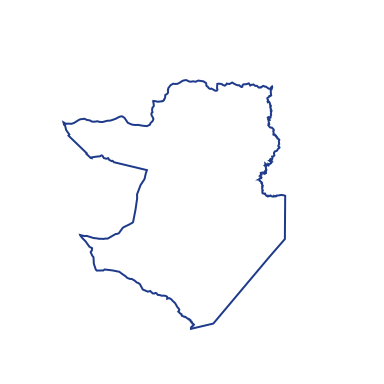 Chikankanta, Southern, Zambia (Natural Earth projection), rotated 330°
{"feature_id": "96606910B6098711564137", "entity_name": "Chikankanta", "entity_type": "district", "adm_level": 2, "iso_a3": "ZMB", "parent_name": "Zambia", "parent_adm1": "Southern", "projection": "natural_earth1", "projection_center": [28.303, -16.032], "detail": "fine", "context": "isolated", "style": "outline", "palette": "blue", "viewbox_px": 384, "rotation_deg": 330, "n_neighbors": 0, "source": "geoboundaries", "source_scale": "gbopen_adm2", "svg_char_len": 6049}
<svg xmlns="http://www.w3.org/2000/svg" viewBox="0 0 384 384"><g transform="rotate(330 192 192)"><path d="M314.1,140.6L313.6,140.6L311.9,141.5L311.1,141.5L310.3,141.2L308.6,137.6L307.9,137.3L306.9,135.8L306.2,135.7L305.2,135.9L304.1,135.6L303.7,135.9L303.1,135.4L302.3,135.2L301.9,134.6L301.3,132.5L299.8,131.7L299.0,129.6L297.8,129.3L297.2,128.9L295.7,128.9L295.5,126.3L293.0,125.8L290.3,124.5L289.2,124.8L288.2,126.0L287.5,125.9L286.8,125.0L286.3,123.2L285.0,122.5L283.5,120.7L282.3,118.8L282.0,118.0L281.5,117.3L278.4,117.2L276.3,115.5L275.6,116.1L275.0,116.0L273.6,116.3L272.2,114.7L271.8,113.5L269.5,111.6L268.0,111.0L265.7,114.4L265.2,116.1L264.1,116.6L263.2,116.1L262.6,115.7L260.6,112.2L259.3,111.8L258.4,110.4L258.3,108.7L257.8,107.9L257.6,107.2L258.5,105.3L258.6,104.7L258.5,104.0L257.7,103.2L257.4,102.0L253.2,98.7L252.5,98.5L250.4,98.4L248.3,96.7L245.9,95.8L244.4,94.4L243.3,92.6L242.8,92.1L240.7,91.3L239.3,91.0L235.4,91.2L233.4,91.0L231.4,90.0L229.8,88.8L226.8,88.8L223.3,90.3L222.8,91.1L222.0,91.7L221.9,92.3L221.0,93.8L220.0,94.5L217.3,94.7L215.9,96.8L214.9,97.6L214.1,97.8L213.8,98.3L212.8,98.7L211.7,98.3L211.4,98.5L207.3,96.6L205.9,95.2L204.0,93.8L203.5,94.4L203.5,94.9L202.1,98.2L201.2,98.8L199.9,99.2L198.4,101.0L197.6,103.2L196.6,103.4L195.8,104.1L195.4,105.1L195.3,108.2L195.1,109.5L193.5,110.8L190.3,111.7L189.1,112.7L185.9,112.4L182.5,110.0L178.7,106.8L176.8,105.9L174.3,104.1L172.9,102.6L171.0,99.9L170.6,94.0L169.4,91.7L168.8,91.2L167.2,90.7L163.9,90.4L162.8,90.5L157.2,89.4L154.1,87.9L149.6,86.7L147.2,85.2L145.4,83.4L143.4,82.7L140.9,81.3L140.3,80.6L139.3,78.9L136.9,76.9L135.4,74.7L133.7,74.1L132.0,73.3L130.7,73.0L124.3,73.2L121.7,72.7L118.9,70.8L117.5,70.3L116.7,69.5L115.5,67.4L114.8,69.9L115.3,71.0L114.0,75.4L114.5,80.9L113.2,81.4L120.2,105.8L119.6,106.1L121.3,111.9L121.9,112.4L122.0,111.7L126.5,113.4L130.2,115.1L131.8,115.0L132.1,115.2L132.6,116.0L132.6,118.5L134.4,120.3L135.0,120.6L136.0,120.6L136.4,120.9L136.3,122.7L137.8,125.0L138.8,125.3L139.3,127.2L163.9,150.5L161.3,152.8L157.3,157.1L150.9,160.3L143.2,166.6L141.3,170.1L134.2,179.1L126.1,188.4L125.3,188.8L121.9,188.8L115.2,188.3L114.1,188.4L108.1,191.1L106.4,190.9L104.8,190.2L95.7,190.2L93.4,188.9L91.9,188.4L90.0,187.1L88.0,186.0L87.1,185.1L83.8,182.7L78.9,177.4L76.7,176.3L73.6,173.3L73.5,174.0L74.1,177.6L75.1,181.2L75.8,188.1L77.4,190.7L75.9,192.7L74.6,193.1L74.1,193.6L73.8,197.5L74.1,199.0L74.0,199.4L71.1,205.1L69.9,211.0L70.2,212.4L76.0,215.6L77.6,215.4L84.1,220.3L89.1,224.7L91.3,229.7L92.1,231.2L93.0,234.0L94.8,236.3L96.3,237.1L98.0,240.0L99.0,242.9L99.9,243.8L100.8,245.7L100.6,251.8L104.0,256.3L106.3,256.8L107.3,260.2L108.7,261.1L109.9,261.1L110.6,262.0L110.9,263.9L112.9,265.5L113.9,266.7L115.7,267.6L117.3,268.9L118.1,270.3L117.1,272.0L117.5,272.1L117.8,271.9L117.9,272.2L118.5,272.2L119.4,272.7L120.4,274.6L120.8,276.5L121.8,279.8L121.8,284.9L122.2,285.8L122.1,287.7L121.3,288.1L120.8,289.0L120.4,289.0L120.8,290.0L120.9,291.1L121.8,292.6L121.5,292.9L121.3,294.1L121.9,294.5L122.4,295.7L123.1,296.1L123.4,296.8L123.9,296.9L124.8,299.3L125.2,299.6L125.3,300.1L126.0,300.7L125.8,301.2L126.2,301.4L126.7,302.6L126.5,303.0L126.2,302.8L126.1,303.5L126.4,303.8L126.4,304.4L126.8,304.5L126.5,305.9L127.1,306.6L126.9,307.0L127.3,307.7L126.7,308.0L126.5,308.4L125.5,308.3L123.9,308.6L123.5,309.5L123.0,309.4L122.7,310.0L144.7,316.6L226.5,286.9L248.9,279.2L270.8,241.9L269.8,240.7L267.9,239.2L264.3,237.9L263.7,237.4L262.7,237.7L262.5,237.4L261.9,237.4L261.7,237.0L261.1,236.9L261.0,236.6L260.8,236.8L260.3,236.4L259.8,236.5L258.6,235.3L258.3,234.4L257.9,234.5L257.1,234.0L256.7,234.1L256.4,233.8L255.9,233.8L255.9,233.6L255.5,233.7L255.3,232.8L254.6,232.6L254.3,231.0L254.5,229.9L253.9,229.5L253.6,229.6L253.3,229.1L252.6,228.6L252.5,228.2L252.8,227.4L253.3,226.8L253.3,226.4L253.8,225.8L254.2,225.8L254.2,224.8L254.8,223.4L255.6,223.0L255.6,222.3L256.2,222.0L256.0,221.7L256.4,221.4L256.3,220.9L256.9,219.7L256.6,219.2L257.1,218.9L256.9,218.5L257.1,218.1L256.2,216.1L256.5,215.8L256.7,215.0L255.9,214.5L256.8,214.5L258.4,213.9L258.8,214.3L259.0,213.7L259.4,213.8L259.4,212.8L258.8,212.0L259.7,211.8L260.1,211.5L260.6,211.7L260.8,211.2L261.2,211.3L261.4,210.7L260.8,210.5L261.0,209.9L261.4,209.8L261.9,210.3L262.7,210.3L264.1,211.2L264.0,211.8L263.5,211.8L263.6,212.3L264.0,212.2L264.6,212.6L265.2,212.1L265.6,212.4L266.3,211.1L267.0,210.5L266.8,210.4L266.1,210.6L265.9,210.4L266.9,209.9L267.5,209.8L267.8,208.5L268.4,207.4L268.4,207.0L269.5,206.2L268.4,205.8L268.2,205.3L269.3,205.1L269.7,204.1L270.7,206.6L271.2,207.1L271.6,206.3L272.0,205.8L272.6,206.8L274.9,206.5L275.1,206.0L276.1,205.9L275.3,204.9L275.7,204.6L275.5,204.2L274.9,204.0L274.7,203.6L275.5,203.7L275.9,202.8L276.3,202.8L276.1,203.9L276.7,204.6L277.3,204.0L277.3,203.6L278.1,203.4L278.6,202.9L279.1,201.4L280.1,201.8L281.5,201.6L282.4,199.4L282.8,198.9L284.1,198.3L285.8,198.7L286.5,198.6L287.7,197.8L289.8,197.4L290.1,197.1L290.1,196.7L289.7,196.3L289.8,195.2L291.5,194.0L292.5,191.6L293.7,190.5L293.7,190.0L292.7,188.4L293.1,187.7L292.8,187.1L293.1,187.0L293.0,186.4L292.5,185.5L292.4,185.2L292.8,185.0L292.4,183.7L291.7,183.7L291.2,183.0L291.8,182.4L291.9,181.9L292.4,181.4L292.6,180.7L292.6,180.3L293.1,179.6L293.7,179.5L293.9,179.1L293.9,178.2L293.3,176.1L292.1,175.4L291.6,173.9L291.5,172.3L292.4,172.1L292.2,171.7L292.3,171.3L293.0,171.2L293.2,170.8L293.6,169.2L294.2,168.3L294.2,167.7L295.0,167.9L295.2,168.5L295.3,168.5L295.3,167.5L294.6,167.2L294.6,166.6L295.1,166.0L294.9,165.5L295.6,165.3L296.1,165.7L296.3,166.7L297.2,166.8L297.9,165.8L299.2,164.7L299.3,163.7L300.5,162.4L300.6,161.7L301.5,161.5L301.6,161.1L301.2,160.3L301.9,159.5L301.8,159.0L302.1,158.5L302.1,157.8L302.5,157.1L303.1,157.2L303.4,156.9L303.2,155.4L303.5,155.2L303.9,153.5L303.8,152.1L303.7,151.8L303.4,152.1L302.6,152.2L302.6,151.8L302.7,151.4L303.3,151.3L303.9,150.1L303.8,149.0L304.5,148.2L306.2,148.2L307.1,147.5L308.0,148.1L308.9,147.9L309.2,146.9L310.8,143.7L311.2,143.2L312.3,142.9L312.8,142.1L313.4,141.9L313.9,141.3L314.1,140.6Z" fill="none" stroke="#1e3a8a" stroke-width="2"/></g></svg>